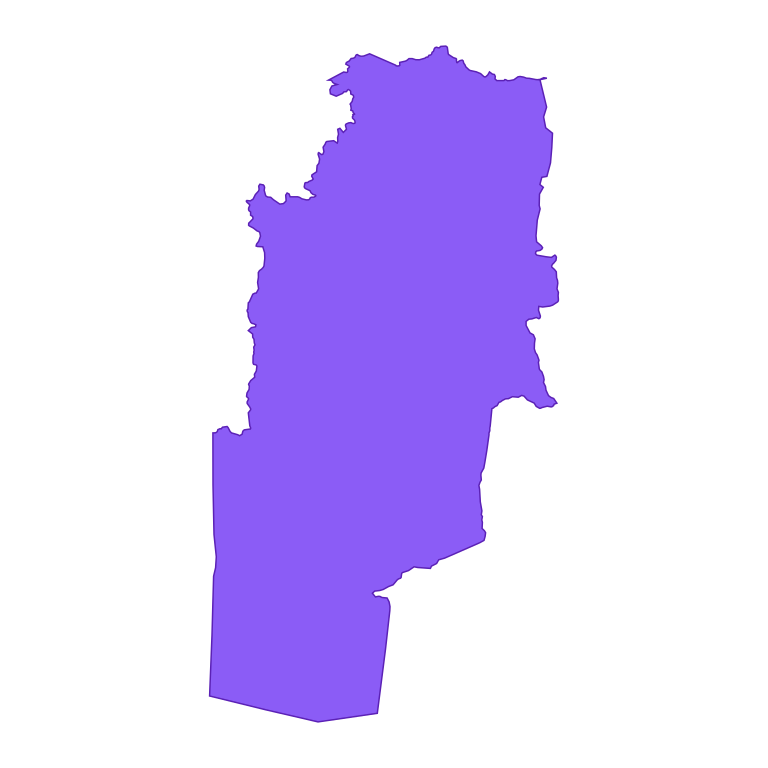 outline of Kadjebi, Volta, Ghana
{"feature_id": "2480657B29295475961782", "entity_name": "Kadjebi", "entity_type": "district", "adm_level": 2, "iso_a3": "GHA", "parent_name": "Ghana", "parent_adm1": "Volta", "projection": "mercator", "projection_center": [0.51, 7.718], "detail": "fine", "context": "isolated", "style": "filled", "palette": "violet", "viewbox_px": 768, "rotation_deg": 0, "n_neighbors": 0, "source": "geoboundaries", "source_scale": "gbopen_adm2", "svg_char_len": 6011}
<svg xmlns="http://www.w3.org/2000/svg" viewBox="0 0 768 768"><path d="M539.9,79.4L537.3,79.7L535.5,79.5L529.2,78.3L526.6,78.2L523.6,77.1L520.1,76.5L518.0,76.8L513.8,79.8L509.7,80.6L507.6,80.7L505.7,79.7L504.8,79.6L504.1,80.5L503.4,80.6L496.8,80.6L495.0,78.9L495.3,76.4L494.4,74.5L492.4,74.1L489.5,71.9L487.8,74.9L485.7,76.8L484.7,76.9L483.9,76.6L480.6,73.6L476.2,71.8L470.2,70.5L469.1,69.9L465.8,66.8L464.9,64.7L463.8,63.3L463.1,60.8L462.2,60.1L460.0,60.6L458.4,61.6L457.5,62.6L456.8,62.5L456.4,60.5L456.5,59.1L456.0,58.5L453.3,57.6L448.6,54.5L448.2,53.7L447.3,47.2L445.9,46.1L440.7,46.4L439.3,47.8L438.1,47.8L436.7,47.2L435.2,47.6L434.3,48.7L433.4,51.4L432.1,52.3L431.6,54.1L430.6,55.0L428.9,55.3L427.8,57.1L426.2,57.2L424.9,58.2L419.3,59.8L415.7,59.7L412.2,58.6L409.0,58.6L407.0,60.3L405.5,61.1L399.7,62.4L399.8,65.3L399.1,65.8L397.5,66.0L396.1,65.8L395.7,65.2L369.6,53.8L363.8,56.0L362.2,56.2L360.8,56.2L358.4,55.4L357.6,54.6L356.6,54.7L356.0,55.2L354.9,57.4L353.4,58.2L351.1,58.5L349.3,60.9L346.4,62.5L345.8,64.1L349.3,66.2L349.5,66.7L349.4,67.2L347.6,68.8L347.8,71.4L347.3,72.2L346.4,72.5L343.7,72.0L328.5,80.1L330.9,80.2L332.0,81.0L332.7,82.4L334.3,83.5L337.2,84.5L331.9,86.0L329.9,89.7L330.4,93.8L336.2,96.2L342.6,93.4L343.8,91.9L346.5,91.6L347.6,89.9L348.3,89.5L349.8,90.3L350.6,91.2L350.8,94.0L353.0,95.1L353.4,95.6L353.7,97.2L352.8,98.7L352.2,101.4L350.1,104.1L350.6,104.8L351.2,108.5L350.8,110.2L351.2,110.5L352.3,110.6L352.8,111.0L353.2,112.8L354.4,113.7L354.5,114.2L352.8,114.8L353.1,115.9L352.4,116.7L352.6,118.2L354.4,120.0L354.9,121.1L355.1,122.5L354.8,123.2L353.8,123.5L352.7,123.4L350.9,122.6L348.6,122.9L346.1,124.0L345.5,124.9L345.5,125.7L346.5,129.2L343.3,132.4L339.9,128.3L337.7,129.3L338.5,134.2L337.6,137.6L337.8,141.4L337.2,143.1L333.7,140.7L326.8,141.5L325.9,142.2L325.1,144.2L323.1,147.2L323.9,151.7L322.9,154.2L321.8,154.6L320.6,154.0L318.8,152.6L318.3,153.0L318.1,154.3L319.6,159.1L318.9,163.3L317.1,165.6L316.6,171.8L312.0,174.8L311.7,176.2L313.2,179.0L312.0,180.2L309.0,181.4L307.6,182.5L305.6,182.6L304.9,183.1L304.2,186.8L304.6,187.8L305.5,188.6L310.0,190.7L311.0,192.7L312.8,194.3L315.6,195.2L315.8,195.8L315.5,196.3L313.8,197.2L311.5,197.2L310.3,197.7L309.7,199.0L308.6,199.8L306.4,199.9L301.9,198.8L299.6,197.4L297.7,196.8L290.1,196.8L289.1,194.0L287.1,193.0L285.7,195.1L286.1,200.4L285.8,201.3L283.4,203.6L279.8,204.1L273.4,199.7L270.7,197.3L267.5,197.0L265.7,195.8L264.2,190.3L264.6,187.4L264.1,185.8L263.3,184.9L259.9,184.2L258.7,186.1L259.1,189.4L258.5,191.1L255.4,194.5L253.1,199.1L250.3,200.9L246.9,200.5L246.3,201.1L246.9,202.2L249.6,204.6L249.7,205.6L248.6,208.1L248.6,209.8L249.0,210.7L250.6,212.0L250.6,215.2L252.6,216.5L253.0,218.0L252.9,218.9L248.7,223.2L248.6,225.2L249.3,225.9L253.3,228.0L257.0,230.9L259.0,231.6L259.8,232.7L260.5,236.2L258.7,241.3L256.6,244.1L256.1,246.0L257.4,246.5L262.8,246.8L264.6,252.6L264.8,258.3L264.0,265.9L263.3,267.3L261.6,269.1L259.5,270.6L258.3,272.6L258.4,277.3L257.6,282.4L258.6,288.8L256.3,293.0L254.8,293.2L252.8,294.2L249.4,301.8L248.3,302.8L247.9,309.2L247.3,309.7L247.1,310.8L247.4,311.8L248.0,312.5L248.3,316.7L250.7,322.3L252.0,323.4L253.8,323.8L255.9,324.8L255.6,326.6L255.2,326.9L251.4,327.6L248.3,330.6L252.6,334.0L252.7,337.2L254.0,339.3L254.3,342.9L255.0,344.9L253.7,347.1L254.1,350.3L253.7,352.1L254.0,353.4L253.1,355.9L253.0,362.9L253.6,364.3L256.0,364.9L256.6,365.4L256.9,366.2L256.3,371.0L254.4,374.3L254.7,377.2L250.7,380.6L248.7,383.9L248.6,384.5L249.3,386.0L249.1,389.4L247.0,393.0L246.6,395.9L246.6,396.6L248.4,398.3L248.6,399.0L247.1,402.0L247.2,403.5L249.7,407.0L250.7,408.9L250.6,409.8L248.3,412.8L249.8,425.8L250.7,428.1L250.4,429.0L244.6,429.8L243.5,430.4L242.8,431.4L242.1,434.2L239.6,435.7L237.7,434.7L231.5,432.9L230.1,431.5L228.1,427.6L227.1,426.5L222.5,427.2L221.2,428.8L220.0,428.7L217.9,429.6L217.3,431.5L216.5,432.3L215.5,432.8L212.9,432.9L213.0,484.6L214.0,534.5L216.3,556.8L215.6,567.7L213.6,576.2L212.0,635.1L209.6,696.0L265.4,709.7L318.0,721.9L377.3,713.3L385.5,649.2L389.8,610.8L390.0,606.6L389.1,601.9L387.1,598.0L382.0,597.5L379.9,596.4L378.4,596.3L375.4,596.9L372.4,593.2L374.7,591.1L379.8,590.5L383.4,589.4L388.6,586.5L393.1,584.8L397.1,580.0L398.5,578.9L400.5,578.2L401.1,577.5L401.7,573.4L402.4,572.6L408.5,570.6L414.1,566.8L417.7,567.5L430.4,568.4L431.5,566.1L436.6,563.5L438.7,559.8L444.7,558.1L479.8,542.7L484.0,540.4L485.1,536.5L485.6,532.7L484.4,530.7L482.1,528.5L482.4,522.4L481.8,519.9L482.4,516.5L481.3,514.8L481.9,510.9L480.3,501.8L479.6,489.3L478.9,485.4L480.0,482.3L481.3,480.0L480.9,475.2L481.1,473.0L483.8,468.1L484.9,462.1L486.8,450.5L489.0,434.9L489.0,433.0L489.8,430.8L489.8,427.9L490.2,426.1L491.9,408.6L493.4,408.0L494.8,406.7L497.1,405.6L499.0,402.3L500.5,401.9L502.3,400.5L505.6,398.8L508.3,398.7L512.4,396.7L518.3,397.2L521.7,395.4L524.0,396.1L527.4,399.9L534.2,403.1L536.2,406.4L539.6,408.3L540.7,408.2L541.8,407.6L547.2,406.2L551.0,406.9L551.9,406.8L553.6,405.6L554.1,404.2L556.9,403.2L553.7,398.5L550.9,397.4L548.5,395.6L546.0,390.2L545.5,386.5L543.5,382.5L544.1,379.7L543.5,376.4L541.9,372.0L539.6,369.6L539.3,368.8L538.4,362.4L539.0,360.2L537.1,354.9L535.5,352.6L534.3,348.8L534.5,343.1L535.1,338.8L533.4,334.8L530.0,332.9L526.1,325.5L526.1,321.4L528.8,319.2L531.9,318.9L536.3,317.5L538.9,318.7L540.1,317.8L540.4,316.1L538.5,310.2L538.8,306.4L542.7,307.0L549.8,306.1L552.7,305.1L557.6,301.9L558.3,300.9L558.4,299.2L558.1,295.7L558.4,292.4L557.0,288.9L557.8,283.2L557.5,280.4L556.6,277.8L556.3,271.8L554.5,269.5L551.8,267.1L551.6,265.9L552.7,263.9L553.4,263.5L556.0,260.3L556.4,257.2L555.9,256.1L554.9,255.1L551.4,257.4L546.3,256.8L537.1,255.2L536.1,254.5L535.5,253.2L536.0,251.6L536.6,251.0L540.1,250.4L541.9,249.1L542.6,247.7L541.3,245.8L536.6,241.8L536.0,235.8L537.3,220.1L540.1,208.9L539.2,205.4L539.5,194.1L543.3,187.3L539.9,184.5L541.8,177.3L546.9,176.4L550.5,162.9L551.8,147.6L552.5,133.2L545.7,127.8L543.6,116.9L546.6,107.1L539.9,79.4ZM546.9,78.2L543.8,77.7L541.0,78.9L540.4,79.6L546.9,78.2Z" fill="#8b5cf6" stroke="#5b21b6" stroke-width="1.5"/></svg>